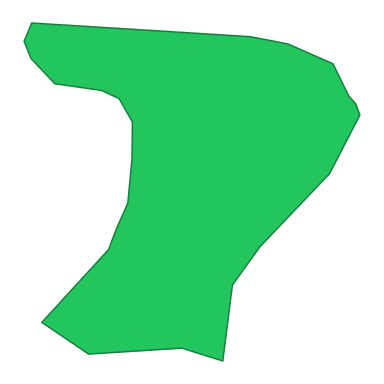 SVG path tracing the border of Majšperk
{"feature_id": "SVN-211", "entity_name": "Majšperk", "entity_type": "Municipality", "adm_level": 1, "iso_a3": "SVN", "parent_name": "Slovenia", "parent_adm1": "", "projection": "equal_earth", "projection_center": [15.741, 46.315], "detail": "fine", "context": "isolated", "style": "filled", "palette": "green", "viewbox_px": 384, "rotation_deg": 0, "n_neighbors": 0, "source": "natural_earth", "source_scale": "10m", "svg_char_len": 416}
<svg xmlns="http://www.w3.org/2000/svg" viewBox="0 0 384 384"><path d="M222.8,361.0L181.7,348.1L88.6,354.1L41.8,322.4L108.6,249.5L116.3,229.1L127.8,203.2L132.0,158.8L132.4,122.0L119.0,98.5L101.3,90.4L54.9,83.8L31.0,58.5L24.1,41.3L31.7,23.0L250.4,36.7L288.0,44.0L333.0,63.8L348.8,96.0L355.7,103.9L359.9,115.0L329.6,173.6L260.0,246.7L232.4,285.1L222.8,361.0Z" fill="#22c55e" stroke="#15803d" stroke-width="1.5"/></svg>